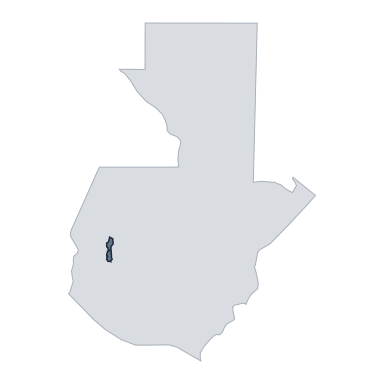 San Carlos Sija, Totonicapán, Guatemala (highlighted)
{"feature_id": "79465075B11845713959586", "entity_name": "San Carlos Sija", "entity_type": "district", "adm_level": 2, "iso_a3": "GTM", "parent_name": "Guatemala", "parent_adm1": "Totonicapán", "projection": "equal_earth", "projection_center": [-91.578, 15.079], "detail": "fine", "context": "in_parent", "style": "filled", "palette": "slate", "viewbox_px": 384, "rotation_deg": 0, "n_neighbors": 0, "source": "geoboundaries", "source_scale": "gbopen_adm2", "svg_char_len": 3204}
<svg xmlns="http://www.w3.org/2000/svg" viewBox="0 0 384 384"><path d="M68.5,293.7L70.1,291.6L71.5,286.7L73.2,281.6L72.1,275.7L71.5,271.0L73.4,264.1L73.3,259.0L74.2,255.8L77.0,253.7L78.4,249.8L70.5,236.2L70.5,233.1L71.5,229.3L78.0,214.8L85.7,197.6L94.2,178.6L99.3,167.2L118.0,167.2L130.3,167.2L145.9,167.2L163.0,167.2L174.1,167.1L178.7,167.0L177.9,159.6L178.5,151.4L180.5,144.0L180.5,140.7L177.2,136.7L170.7,134.3L167.2,130.8L167.1,126.3L165.5,120.9L162.4,114.5L155.9,107.9L146.1,101.3L137.7,92.3L130.8,81.1L125.0,73.9L120.5,70.9L119.4,69.2L132.6,69.4L145.0,69.5L145.1,53.4L145.1,39.2L145.2,23.0L167.7,23.1L194.6,23.1L222.5,23.1L244.4,23.2L257.2,23.2L256.7,43.2L256.2,66.3L255.7,83.4L255.2,106.1L254.6,129.4L253.8,161.2L253.3,181.8L253.5,182.3L260.9,181.3L271.8,182.2L274.4,182.1L277.8,183.9L280.3,184.4L285.9,189.1L292.4,192.6L296.5,185.5L294.3,181.2L292.6,179.1L292.9,177.2L315.5,195.5L312.9,198.3L307.2,204.8L296.8,216.0L287.5,226.0L278.6,235.1L270.6,243.3L269.6,244.1L259.4,249.9L257.7,252.6L255.5,264.2L254.5,267.1L256.4,273.5L258.3,283.4L257.7,288.6L250.7,295.0L247.4,300.7L246.0,304.4L244.7,303.5L242.5,303.2L237.5,304.6L235.0,304.9L233.0,306.6L232.8,310.2L234.1,316.0L234.6,319.0L233.2,320.3L227.0,323.8L224.5,327.3L222.2,332.6L219.4,334.9L216.6,334.5L214.6,335.2L210.2,339.3L203.7,347.0L200.3,352.8L200.2,357.1L200.9,361.0L177.1,347.3L169.2,344.9L135.8,345.2L121.5,339.8L105.2,329.5L94.2,320.1L68.5,293.7Z" fill="#d9dde1" stroke="#a8b0b8" stroke-width="1"/><path d="M108.3,249.3L108.5,249.4L108.7,249.6L108.8,249.7L109.0,249.8L109.1,250.0L109.3,250.2L109.3,250.4L109.3,250.7L109.3,250.8L109.2,251.0L108.7,251.0L108.4,251.1L107.5,251.1L107.5,251.3L107.4,251.8L107.4,252.8L107.2,253.2L107.0,253.4L106.7,253.9L106.8,254.1L106.8,254.4L106.7,255.7L106.7,255.8L106.8,256.0L107.0,256.2L107.3,256.1L107.5,256.0L107.6,256.3L107.5,256.6L107.4,256.9L107.4,257.0L107.3,257.3L107.2,257.3L107.0,257.2L106.9,257.2L106.9,257.3L106.9,257.5L106.9,257.9L106.8,259.0L106.7,259.5L106.9,259.7L107.2,260.1L107.4,260.5L107.7,260.9L107.7,261.0L107.8,261.1L108.0,261.3L108.8,261.3L109.2,261.3L109.4,261.4L109.6,261.4L110.0,261.4L110.7,261.6L110.6,261.4L110.5,261.2L110.6,260.9L110.8,260.7L111.0,260.5L111.3,260.2L111.6,259.9L111.7,259.7L112.1,259.3L112.0,259.2L111.9,258.4L111.6,258.0L111.6,257.9L111.5,257.7L111.4,257.5L111.4,257.3L111.4,257.1L111.4,256.9L111.4,256.7L111.5,255.8L111.4,254.9L111.4,254.5L111.4,254.1L111.3,253.7L111.3,253.4L111.2,252.8L111.2,251.0L111.1,250.1L111.0,249.2L111.0,248.2L111.0,247.7L110.9,247.6L110.9,247.0L110.9,246.6L111.0,246.5L111.1,246.4L111.7,245.7L112.5,244.6L112.7,244.4L113.1,243.9L113.2,243.7L113.0,241.7L112.9,241.1L112.9,240.4L112.8,239.7L112.7,238.7L112.0,238.3L111.3,238.0L110.8,237.7L110.6,237.6L110.1,237.4L109.7,237.2L109.7,237.3L109.4,238.1L109.3,238.8L109.2,239.3L109.1,239.5L109.0,240.1L108.9,240.5L108.8,240.9L108.7,241.1L108.6,241.7L107.9,242.3L106.6,243.1L106.8,243.5L106.9,243.9L106.9,244.1L106.7,244.6L106.6,245.5L106.7,246.0L106.7,246.3L106.7,246.5L106.8,246.7L106.9,247.0L107.0,247.2L107.3,247.4L107.8,247.4L107.9,247.5L107.9,247.9L107.9,248.1L107.9,248.5L108.0,248.8L108.2,249.0L108.3,249.2L108.3,249.3Z" fill="#64748b" stroke="#1e293b" stroke-width="1.5"/></svg>